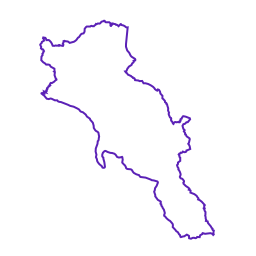 the district of Tachileik, Shan, Myanmar, rotated 95°
{"feature_id": "60261553B30441775870549", "entity_name": "Tachileik", "entity_type": "district", "adm_level": 2, "iso_a3": "MMR", "parent_name": "Myanmar", "parent_adm1": "Shan", "projection": "mercator", "projection_center": [100.149, 21.048], "detail": "fine", "context": "isolated", "style": "outline", "palette": "violet", "viewbox_px": 256, "rotation_deg": 95, "n_neighbors": 0, "source": "geoboundaries", "source_scale": "gbopen_adm2", "svg_char_len": 5754}
<svg xmlns="http://www.w3.org/2000/svg" viewBox="0 0 256 256"><g transform="rotate(95 128 128)"><path d="M27.8,137.1L28.0,137.9L27.7,138.9L26.7,140.3L26.1,142.1L26.1,142.6L25.9,143.6L25.1,144.2L25.2,144.5L27.4,146.3L26.6,147.2L26.2,148.0L26.3,148.7L26.0,148.8L25.7,149.5L25.5,150.4L25.7,151.0L25.2,152.0L25.2,152.7L26.7,153.0L27.2,153.5L27.8,153.8L27.8,154.1L27.5,154.4L25.2,154.6L24.3,155.9L24.6,159.2L24.4,159.8L23.3,160.6L23.2,161.2L23.8,161.9L24.1,163.0L24.6,163.8L26.1,164.8L26.5,165.5L26.5,167.1L27.3,168.3L27.1,169.0L28.2,169.5L29.0,170.5L29.6,170.9L29.7,172.3L29.4,173.1L29.7,174.0L30.2,174.5L30.5,177.9L31.0,178.5L32.9,179.8L35.9,179.7L37.6,180.5L38.2,182.4L39.0,183.2L41.7,184.7L42.4,185.7L44.8,187.1L45.8,188.1L46.8,189.4L48.3,193.5L47.2,195.1L47.0,196.4L47.1,197.3L46.7,199.0L47.1,199.8L48.3,199.6L49.4,200.3L50.8,199.6L51.9,200.0L51.6,202.9L52.0,203.6L51.3,203.8L51.3,204.0L51.9,204.7L52.2,206.0L52.1,207.2L52.6,208.6L52.6,210.2L50.6,211.2L49.1,212.3L47.6,214.0L47.3,214.8L47.6,216.9L46.1,217.6L45.4,218.2L45.2,220.3L46.0,220.5L46.9,219.6L48.3,219.3L49.8,221.3L50.8,221.4L51.8,222.3L52.8,222.7L54.8,221.5L56.2,221.7L57.2,220.4L57.0,219.9L57.2,219.4L58.7,218.4L59.7,219.1L60.3,218.9L61.6,219.8L62.7,219.4L64.4,220.4L68.0,220.3L69.9,218.2L71.1,215.9L71.8,215.4L72.0,214.2L71.7,213.5L71.9,211.9L72.3,211.2L73.1,210.8L73.8,210.0L75.3,206.5L78.1,206.1L78.3,206.4L78.7,205.7L81.7,205.8L84.8,204.4L85.7,203.5L86.2,203.5L87.0,204.6L88.3,205.6L89.9,207.8L89.8,208.8L90.2,209.2L91.6,209.7L92.1,209.3L92.4,210.0L93.2,209.9L93.4,210.8L94.0,210.9L95.0,211.9L95.6,212.2L96.0,212.2L96.2,211.7L96.4,211.8L96.8,212.3L97.4,212.4L97.9,213.2L97.8,212.3L98.1,212.1L98.7,212.8L98.7,213.5L99.0,213.6L99.8,212.9L99.7,213.4L99.0,214.0L99.4,214.5L99.1,215.0L100.0,214.8L100.4,214.2L100.7,214.2L100.4,214.9L101.5,215.9L100.7,216.1L100.6,216.7L101.0,217.2L101.4,217.0L101.9,215.5L105.9,211.5L106.1,209.4L105.4,207.9L105.5,206.7L106.8,203.3L106.6,200.9L107.5,200.1L107.9,198.9L108.0,197.0L110.1,189.8L111.0,187.5L111.5,184.0L113.1,179.9L113.9,178.3L115.4,177.0L115.9,176.1L116.2,174.4L118.3,171.3L120.2,169.9L122.0,166.8L123.0,166.4L125.8,163.5L128.7,162.4L130.9,162.1L133.0,160.5L133.7,159.7L134.5,157.9L135.2,157.1L139.1,156.0L140.4,156.2L142.2,156.2L143.1,156.4L143.8,157.0L146.4,157.0L151.2,158.3L154.3,158.2L157.4,157.1L159.8,157.4L161.7,156.3L163.6,155.8L164.8,155.0L166.5,153.4L168.3,150.8L169.6,150.0L169.8,149.4L169.7,148.4L169.3,147.8L168.6,147.6L164.1,148.6L160.9,149.8L159.6,150.0L159.0,150.8L158.4,151.2L156.6,151.3L154.8,150.8L153.3,149.6L152.8,148.8L153.0,147.7L153.6,146.4L154.3,143.5L154.3,141.6L154.8,139.3L155.7,138.0L157.8,136.3L158.2,134.7L158.0,133.3L157.3,131.4L157.6,131.1L160.1,130.5L161.9,130.7L163.0,130.7L164.7,128.9L165.4,127.9L166.6,127.0L168.2,126.3L168.7,125.6L168.9,124.7L168.9,122.0L169.1,121.1L169.9,120.1L170.9,119.6L172.2,118.3L173.4,115.7L174.0,112.9L175.4,111.8L175.7,111.2L175.9,106.1L177.4,100.8L177.9,99.9L178.0,97.7L178.7,94.1L179.4,93.5L180.0,93.5L183.1,94.4L185.6,95.8L187.7,95.9L189.2,96.4L192.4,95.0L193.7,94.9L197.0,92.0L198.2,89.3L198.8,88.8L200.2,89.1L200.7,89.0L201.1,88.2L202.5,88.0L203.3,87.1L204.4,86.6L206.3,85.1L209.5,83.9L211.5,84.4L212.3,84.3L213.0,83.2L214.6,81.7L216.2,79.5L216.9,78.0L218.8,76.0L219.8,75.1L220.9,74.8L222.8,74.8L225.3,72.0L226.5,71.0L227.5,69.2L229.5,67.8L230.1,66.9L231.8,66.3L232.1,65.8L231.2,63.6L231.1,62.7L229.1,60.1L230.1,57.9L232.5,57.5L232.8,55.6L231.8,54.0L231.6,52.5L231.9,51.4L231.7,50.6L231.2,50.0L230.5,49.6L230.5,47.1L228.6,46.8L227.2,44.7L226.5,44.7L226.2,44.4L226.7,42.0L225.6,36.8L225.8,35.7L226.3,34.5L227.1,33.8L226.5,33.3L225.3,33.8L222.7,33.6L222.4,34.5L221.7,35.1L220.9,35.0L220.1,36.1L218.9,36.8L215.7,40.0L214.1,40.5L213.8,42.3L212.6,42.1L211.6,42.7L210.0,42.9L208.4,43.5L207.9,43.3L204.9,43.5L203.8,44.4L202.4,44.9L201.6,44.6L201.4,44.9L201.8,45.3L201.6,45.6L201.2,45.6L200.8,45.1L200.3,45.0L198.9,45.4L198.1,44.8L195.1,48.0L193.6,50.3L193.1,51.9L192.3,51.6L191.8,51.8L191.0,52.7L189.6,53.7L188.1,56.1L186.9,60.2L184.9,60.2L184.6,60.5L184.2,62.0L183.3,61.5L182.3,62.5L180.7,65.4L178.7,67.8L177.5,68.1L176.8,67.5L175.9,67.6L174.4,68.9L173.8,69.7L173.5,71.2L172.2,72.1L170.0,71.5L169.0,71.7L167.2,72.5L165.6,73.5L165.0,74.2L163.7,74.2L162.5,75.2L160.7,75.9L159.5,75.1L158.0,75.2L156.2,73.1L153.0,73.4L152.8,73.9L151.3,74.5L150.8,74.4L150.0,75.2L149.3,74.8L148.9,74.5L148.7,73.6L148.0,73.3L148.1,72.7L147.7,71.9L146.7,71.3L147.2,69.9L146.9,68.5L146.3,67.9L145.3,67.8L144.9,66.8L143.5,64.2L140.7,65.0L139.2,65.9L138.5,66.6L137.4,66.0L133.7,65.5L132.9,65.9L131.2,68.9L129.5,69.8L129.4,70.5L127.8,70.8L126.4,72.1L125.2,71.4L124.0,72.8L121.1,73.9L119.3,73.1L119.1,72.2L118.7,71.5L117.2,70.3L117.0,69.0L113.9,66.9L112.9,67.3L111.7,71.4L111.4,73.8L111.5,74.2L113.3,75.3L114.0,75.3L114.6,76.4L115.6,76.6L116.2,76.2L116.9,76.8L117.7,76.9L117.8,77.2L117.1,77.5L117.8,78.5L117.8,79.4L118.1,80.3L117.9,81.1L118.1,82.0L119.0,82.8L120.0,83.1L119.9,83.3L118.7,84.2L117.8,84.5L117.2,85.4L116.2,85.9L115.1,85.7L114.2,86.1L113.8,87.1L110.9,88.6L110.1,88.7L109.3,88.4L107.1,89.6L104.8,89.7L102.0,90.9L101.4,91.0L100.7,91.4L100.6,91.9L99.7,92.1L99.1,93.3L97.6,93.7L96.8,94.7L96.3,95.1L95.5,96.3L92.9,96.5L90.9,98.7L88.9,99.3L87.3,100.5L87.0,101.6L88.2,102.1L88.0,102.9L86.9,104.6L86.0,105.2L84.8,106.6L83.5,109.0L82.4,111.7L81.9,114.6L82.1,116.4L79.9,118.0L80.3,120.7L79.8,121.6L79.7,125.1L79.1,125.2L77.9,126.0L78.0,126.5L77.7,127.4L77.0,127.7L76.6,128.9L76.0,129.4L74.8,132.8L73.5,133.8L72.9,134.9L71.9,135.7L71.7,134.8L71.1,134.4L68.7,133.7L67.9,133.0L66.9,132.6L64.9,130.0L63.3,129.5L62.2,128.3L61.4,128.0L60.6,128.3L60.0,126.7L59.0,126.7L58.5,127.1L56.7,130.6L55.7,131.7L53.0,133.3L50.9,135.5L47.2,137.1L44.5,137.3L27.8,137.1Z" fill="none" stroke="#5b21b6" stroke-width="2"/></g></svg>